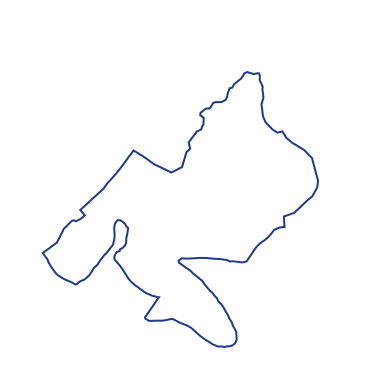 outline of Ogun Waterside, Ogun, Nigeria, rotated 113°
{"feature_id": "59680162B53764009147535", "entity_name": "Ogun Waterside", "entity_type": "district", "adm_level": 2, "iso_a3": "NGA", "parent_name": "Nigeria", "parent_adm1": "Ogun", "projection": "albers", "projection_center": [4.463, 6.482], "detail": "fine", "context": "isolated", "style": "outline", "palette": "blue", "viewbox_px": 384, "rotation_deg": 113, "n_neighbors": 0, "source": "geoboundaries", "source_scale": "gbopen_adm2", "svg_char_len": 3359}
<svg xmlns="http://www.w3.org/2000/svg" viewBox="0 0 384 384"><g transform="rotate(113 192 192)"><path d="M326.8,185.5L327.4,181.2L326.2,178.4L324.6,175.0L323.3,172.1L322.2,169.3L320.5,166.5L316.5,160.8L316.5,159.3L316.5,158.5L317.0,152.8L317.0,149.4L316.9,146.0L316.9,143.2L317.5,139.2L319.1,134.6L320.3,131.2L320.8,129.5L321.3,128.1L321.4,127.8L321.9,125.5L322.5,123.2L323.0,119.8L323.6,116.4L324.0,114.2L324.1,113.6L324.1,110.1L324.1,107.9L322.9,105.0L321.8,101.1L320.6,99.9L319.8,98.2L318.9,96.5L317.2,94.8L315.5,93.7L312.9,93.1L310.4,93.2L307.0,94.9L303.6,96.6L301.9,98.3L300.2,100.6L299.4,101.8L296.3,104.6L294.0,108.0L291.5,110.6L291.2,110.9L288.4,114.9L285.6,118.3L283.9,121.2L282.2,125.2L280.0,127.5L279.0,130.0L278.6,130.9L276.6,134.3L276.0,136.6L273.8,141.1L271.6,145.1L269.9,147.4L268.8,151.4L267.6,155.4L267.1,157.2L266.5,159.4L264.8,163.4L264.3,166.8L263.7,169.6L262.6,174.2L262.1,176.5L260.4,177.6L257.0,175.3L255.8,171.9L254.1,168.0L251.8,163.4L249.5,158.9L248.4,156.1L247.3,153.6L247.2,153.2L246.0,149.3L244.3,144.1L242.7,139.8L242.6,139.6L242.0,136.8L240.9,133.4L241.2,130.1L239.7,127.1L238.5,123.1L237.9,120.3L236.8,117.5L234.5,114.6L228.7,113.5L217.5,111.3L216.3,110.8L212.4,109.1L209.5,107.4L207.8,106.2L205.5,105.1L203.3,104.0L197.6,102.3L195.3,101.8L193.6,100.6L190.7,97.8L189.0,95.0L188.1,93.1L178.7,97.9L171.2,89.7L154.3,82.4L149.0,79.6L138.9,78.5L132.5,80.3L124.6,86.5L114.0,94.7L109.5,105.2L107.5,119.1L105.3,126.4L100.9,132.5L104.0,136.6L103.0,142.3L98.9,151.8L94.6,156.2L85.5,161.5L84.2,162.3L77.6,163.0L73.8,165.0L69.9,167.4L67.7,167.9L65.5,170.1L62.7,173.3L59.1,174.7L56.6,176.4L57.0,177.9L57.7,179.0L59.3,181.2L60.1,188.4L62.7,190.3L65.1,190.3L68.5,191.2L76.3,195.3L80.2,195.8L81.9,197.9L87.6,197.6L90.7,196.8L94.1,197.0L97.7,200.0L100.3,205.9L102.4,207.5L105.7,207.7L108.0,208.3L109.9,211.9L115.7,215.1L118.1,214.5L119.2,210.2L125.6,207.8L127.8,208.4L128.1,208.3L130.8,207.9L134.8,211.5L136.4,211.5L142.0,213.1L147.6,214.4L153.0,210.6L157.4,212.7L173.0,210.9L182.1,218.6L181.2,237.9L178.3,250.5L176.6,262.1L181.1,263.0L183.7,263.8L192.2,265.7L202.9,268.5L209.7,270.7L217.0,273.3L223.6,274.8L252.2,287.8L255.3,281.6L260.3,284.0L261.8,285.3L264.2,287.3L264.3,289.9L265.7,291.4L269.2,292.9L272.9,294.3L276.2,295.7L278.8,295.7L291.4,296.6L306.5,305.5L310.5,298.7L312.7,296.7L314.4,294.4L316.1,292.1L317.8,289.3L319.5,286.5L320.6,284.2L321.1,282.5L322.2,275.1L322.2,271.7L322.2,268.8L322.2,266.6L322.7,263.1L321.7,262.0L320.2,261.4L317.6,259.8L316.5,258.7L315.0,257.1L312.7,255.8L308.8,254.0L303.6,253.0L299.7,252.6L296.4,250.7L290.9,249.8L286.9,248.7L284.0,248.0L281.8,246.9L277.2,245.7L275.5,245.2L273.2,244.6L271.5,244.1L268.1,244.7L265.3,245.2L261.9,246.4L259.6,247.5L257.4,248.7L254.5,249.9L251.7,250.4L250.3,250.4L248.7,250.0L247.0,249.5L246.0,246.5L247.1,242.5L247.7,240.8L249.4,239.1L250.1,236.7L256.2,235.1L260.1,234.5L263.0,233.3L264.7,232.7L266.9,232.7L270.3,233.8L272.7,235.8L274.7,235.5L276.6,237.8L279.5,238.3L281.7,238.3L282.8,237.8L284.0,237.2L285.1,235.5L286.8,232.0L287.9,229.8L287.9,229.7L288.5,228.6L290.7,225.2L293.0,221.8L293.7,220.7L295.8,217.8L296.9,216.1L299.2,210.9L300.3,206.9L300.8,204.1L301.4,202.4L301.9,199.5L302.5,197.3L303.0,195.0L303.0,192.1L303.0,189.9L303.0,187.0L302.4,185.3L302.4,183.1L301.8,181.3L315.7,184.2L325.7,186.3L326.8,185.5Z" fill="none" stroke="#1e3a8a" stroke-width="2"/></g></svg>